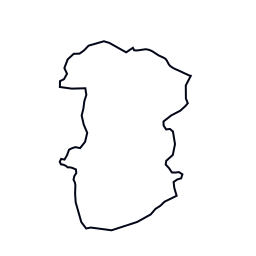 Montana, orthographic projection, rotated 159°
{"feature_id": "BGR-2250", "entity_name": "Montana", "entity_type": "Province", "adm_level": 1, "iso_a3": "BGR", "parent_name": "Bulgaria", "parent_adm1": "", "projection": "orthographic", "projection_center": [23.215, 43.499], "detail": "fine", "context": "isolated", "style": "outline", "palette": "ink", "viewbox_px": 256, "rotation_deg": 159, "n_neighbors": 0, "source": "natural_earth", "source_scale": "10m", "svg_char_len": 1233}
<svg xmlns="http://www.w3.org/2000/svg" viewBox="0 0 256 256"><g transform="rotate(159 128 128)"><path d="M94.7,201.1L94.4,198.3L91.6,197.1L83.2,195.2L80.2,193.3L77.8,190.9L73.3,184.7L69.2,180.5L68.1,178.9L67.6,177.0L67.1,172.8L66.5,170.9L64.3,167.7L52.2,155.3L50.7,154.2L58.8,147.0L63.4,134.7L63.3,129.7L66.8,127.8L73.1,125.4L82.9,124.3L92.5,121.4L93.9,117.5L92.9,113.0L89.2,112.1L87.3,108.6L89.9,96.1L95.8,86.8L104.0,83.7L105.9,80.4L104.0,75.6L103.0,70.8L99.7,69.4L96.3,68.6L93.8,65.3L96.4,62.0L100.6,62.3L104.8,61.2L106.2,55.7L106.9,47.3L120.3,46.1L125.4,43.9L131.4,42.6L137.7,39.2L153.0,37.0L180.0,38.4L198.4,48.4L203.1,49.2L205.3,56.9L203.5,77.3L200.9,85.7L197.6,93.5L197.1,96.3L197.4,99.2L195.4,102.3L192.4,104.5L191.5,108.0L194.4,110.8L196.3,112.1L198.3,112.8L199.7,115.1L201.5,116.9L203.6,118.1L203.8,120.9L201.5,123.1L198.6,121.3L194.6,124.5L190.8,128.9L187.4,129.2L184.0,129.0L179.9,126.4L173.0,130.5L167.8,138.1L168.1,147.1L166.8,156.2L162.7,162.1L159.2,168.6L155.0,173.9L153.6,180.4L166.4,184.9L176.9,190.7L174.7,196.1L170.3,196.5L165.5,200.5L165.9,206.8L159.7,213.7L152.1,216.7L146.6,214.8L141.2,216.2L135.3,219.0L119.4,217.6L114.9,214.1L102.6,199.3L94.7,201.1Z" fill="none" stroke="#020617" stroke-width="2"/></g></svg>